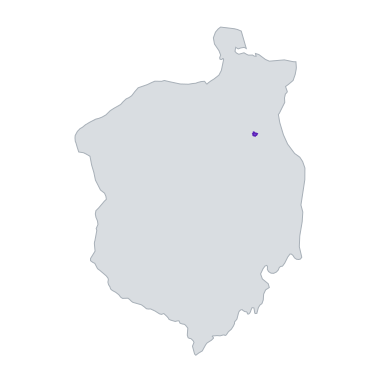 Cosereni, Ialomita, Romania (highlighted), rotated 267°
{"feature_id": "2599482B11808069805596", "entity_name": "Cosereni", "entity_type": "district", "adm_level": 2, "iso_a3": "ROU", "parent_name": "Romania", "parent_adm1": "Ialomita", "projection": "mercator", "projection_center": [26.552, 44.674], "detail": "fine", "context": "in_parent", "style": "filled", "palette": "violet", "viewbox_px": 384, "rotation_deg": 267, "n_neighbors": 0, "source": "geoboundaries", "source_scale": "gbopen_adm2", "svg_char_len": 4322}
<svg xmlns="http://www.w3.org/2000/svg" viewBox="0 0 384 384"><g transform="rotate(267 192 192)"><path d="M303.7,219.9L307.3,225.0L311.9,227.7L322.6,230.5L323.6,230.2L323.7,229.6L322.9,228.9L322.8,227.9L323.3,226.8L324.8,226.7L327.2,227.8L331.8,226.3L338.6,222.2L344.8,221.4L350.4,223.8L353.4,226.6L355.2,229.2L354.6,232.5L354.3,234.5L352.8,242.9L351.8,246.1L350.1,249.6L332.5,253.7L333.7,251.7L333.3,248.2L332.5,245.6L334.2,243.2L330.2,242.3L328.5,243.6L327.1,245.9L328.3,251.2L326.4,254.1L325.7,255.7L325.6,259.6L324.4,261.3L324.2,263.1L327.0,262.6L325.8,265.9L320.5,272.3L318.6,276.1L319.1,291.1L316.8,300.0L316.6,302.6L311.0,302.7L309.3,302.5L304.0,301.2L298.1,298.8L294.6,294.2L292.4,290.9L287.4,292.4L286.4,292.0L285.0,290.4L281.2,289.3L276.6,289.3L266.0,283.3L264.9,282.3L256.6,283.3L244.3,286.3L234.8,290.0L225.1,296.5L221.1,301.5L216.6,304.1L210.0,306.0L198.4,305.3L186.3,302.8L173.3,300.1L166.2,301.6L156.7,300.5L142.4,297.3L131.7,296.3L121.1,298.2L119.4,296.8L119.0,295.1L119.4,292.8L120.9,290.9L123.4,289.5L124.8,288.0L124.9,286.6L122.0,284.2L116.2,280.9L113.7,278.9L113.2,278.4L113.0,276.5L111.8,275.1L109.5,274.0L107.7,272.1L106.5,269.3L106.8,266.7L108.5,264.3L110.8,263.2L113.6,263.5L114.8,262.8L114.3,261.1L111.6,258.9L106.6,256.2L101.5,257.7L96.4,263.3L92.6,264.2L90.4,260.4L86.3,258.2L80.5,257.5L76.9,256.0L75.5,253.9L73.0,252.2L67.4,250.4L67.3,248.7L68.2,248.3L70.2,248.1L72.9,247.8L73.3,246.8L73.3,245.9L71.2,244.8L69.1,244.0L68.0,243.2L67.3,242.4L67.1,241.5L67.7,240.9L68.6,240.9L69.4,240.3L69.9,238.3L71.1,236.6L71.9,236.0L71.8,234.7L71.0,233.5L69.8,232.5L68.1,231.9L62.7,230.2L60.0,227.7L58.4,227.6L55.8,226.2L52.9,224.1L50.5,221.0L47.8,219.0L47.1,218.2L47.1,217.4L47.6,216.6L47.6,215.7L46.9,212.6L47.3,209.5L47.2,206.5L47.2,205.1L46.7,204.7L46.2,205.2L45.5,205.7L44.9,205.8L43.0,203.7L40.5,199.2L38.8,197.7L35.6,195.7L32.8,194.0L30.8,190.2L28.8,187.3L30.1,186.1L38.0,184.4L41.6,186.1L43.2,185.5L44.8,184.1L45.7,183.1L45.9,181.9L46.7,180.5L49.3,179.8L56.3,180.7L59.1,178.7L60.2,177.6L60.8,175.2L61.6,173.2L64.1,172.2L64.0,170.4L63.6,168.5L65.1,164.2L66.0,162.4L67.4,161.7L69.1,160.4L72.1,157.5L71.4,155.1L72.0,153.2L75.1,148.8L77.4,144.5L77.4,142.3L77.8,140.4L79.8,138.3L82.0,135.6L84.9,127.2L86.0,125.8L87.9,124.1L89.3,122.5L89.4,117.0L90.7,115.3L93.3,113.5L95.8,110.6L97.9,107.2L99.5,105.6L101.6,105.1L103.8,103.8L106.4,103.3L108.8,103.9L110.4,103.6L112.8,101.9L118.8,95.6L119.7,94.3L120.9,93.4L125.8,91.2L127.1,89.0L128.7,87.1L130.9,87.2L138.0,92.1L145.6,91.8L147.0,92.0L147.4,92.1L148.4,92.5L158.5,94.9L160.0,94.6L160.5,94.4L164.5,96.4L168.1,96.1L171.6,94.8L175.1,94.3L178.4,95.1L180.9,97.9L187.3,103.9L189.2,106.1L192.2,105.8L195.4,104.6L198.8,100.7L208.9,96.2L216.7,95.0L224.2,93.2L233.0,92.0L235.5,88.2L236.9,85.7L237.9,81.0L242.7,79.7L247.1,78.7L248.7,78.1L252.0,78.0L254.5,78.3L258.5,80.7L261.2,83.6L262.3,85.9L264.7,89.1L267.1,93.7L269.8,99.7L270.4,102.8L271.5,106.1L273.5,110.1L277.4,114.5L277.9,115.3L279.7,118.5L283.1,125.3L285.9,128.1L288.4,131.1L289.6,134.1L291.3,136.8L295.5,140.4L298.9,143.7L301.6,153.1L303.4,157.4L304.6,160.7L304.1,167.4L304.8,170.2L303.3,175.4L300.5,185.8L299.8,194.1L300.3,198.5L300.4,201.4L301.0,203.2L301.8,206.9L301.9,210.2L300.9,211.1L299.5,211.9L299.0,212.6L300.2,214.0L302.0,216.8L303.7,219.9Z" fill="#d9dde1" stroke="#a8b0b8" stroke-width="1"/><path d="M246.8,260.2L247.1,259.5L247.0,259.4L247.2,259.0L247.3,258.8L247.3,258.7L247.4,258.4L247.4,258.2L247.5,258.0L247.5,257.9L247.5,258.0L247.5,257.9L247.7,257.7L247.7,257.4L247.7,257.5L247.8,257.5L247.9,257.4L248.0,257.4L248.3,257.3L248.3,257.2L248.3,256.9L248.4,256.7L248.2,256.7L248.1,256.8L247.9,256.8L247.9,256.7L247.7,256.7L247.7,256.8L247.4,256.6L247.3,256.4L247.2,256.4L247.0,256.2L247.2,255.6L246.9,255.5L246.9,255.4L246.9,255.5L246.8,255.8L246.7,255.9L246.6,256.1L246.6,256.3L246.4,256.3L246.2,256.2L246.0,256.3L245.9,256.3L245.8,256.2L245.8,255.9L245.7,255.9L245.6,256.0L245.4,256.2L245.2,256.2L245.1,256.3L245.1,256.5L245.3,256.7L245.3,256.8L245.2,256.8L245.2,257.0L245.1,257.3L245.3,257.4L245.5,257.4L245.4,257.4L245.4,257.5L245.2,257.5L245.1,257.8L245.0,258.0L244.9,258.0L245.1,258.4L245.2,258.6L245.3,258.6L245.2,258.6L245.3,258.7L245.5,259.0L245.7,259.3L245.6,259.5L245.9,259.7L246.1,259.8L246.3,259.9L246.5,260.0L246.8,260.2Z" fill="#8b5cf6" stroke="#5b21b6" stroke-width="1.5"/></g></svg>